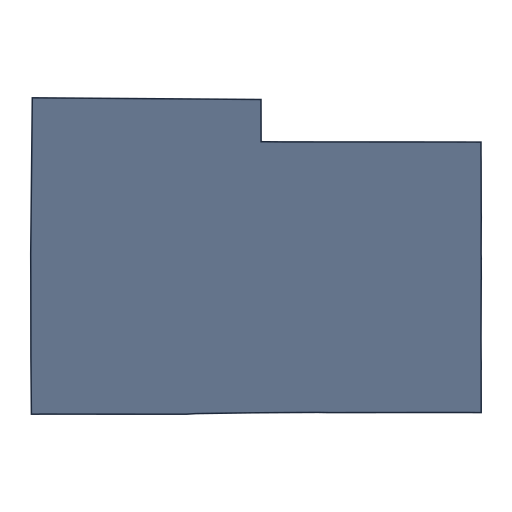 the district of Laramie, Wyoming, United States of America
{"feature_id": "52423323B58782875527199", "entity_name": "Laramie", "entity_type": "district", "adm_level": 2, "iso_a3": "USA", "parent_name": "United States of America", "parent_adm1": "Wyoming", "projection": "equal_earth", "projection_center": [-104.384, 41.327], "detail": "fine", "context": "isolated", "style": "filled", "palette": "slate", "viewbox_px": 512, "rotation_deg": 0, "n_neighbors": 0, "source": "geoboundaries", "source_scale": "gbopen_adm2", "svg_char_len": 733}
<svg xmlns="http://www.w3.org/2000/svg" viewBox="0 0 512 512"><path d="M32.3,97.8L30.7,254.0L30.8,278.3L30.9,357.2L31.4,414.2L38.9,414.2L39.5,414.1L154.0,414.2L186.4,414.2L195.8,413.6L216.6,413.3L252.3,412.8L280.4,412.6L318.0,412.4L328.9,412.6L421.8,412.5L422.0,412.5L423.0,412.5L455.3,412.5L462.3,412.5L469.1,412.5L476.2,412.6L481.2,412.6L481.2,405.2L481.2,404.6L481.1,370.1L481.2,369.8L481.2,362.7L481.1,358.2L481.0,337.6L481.2,280.8L481.2,279.5L481.3,279.4L481.2,261.1L481.2,258.8L481.3,258.8L481.1,254.2L481.2,224.1L481.3,217.2L481.2,212.3L481.1,165.3L481.1,162.2L481.0,154.1L481.0,153.1L481.0,147.6L481.0,142.1L452.2,142.0L283.3,141.9L261.1,141.7L261.0,99.5L32.3,97.8Z" fill="#64748b" stroke="#1e293b" stroke-width="1.5"/></svg>